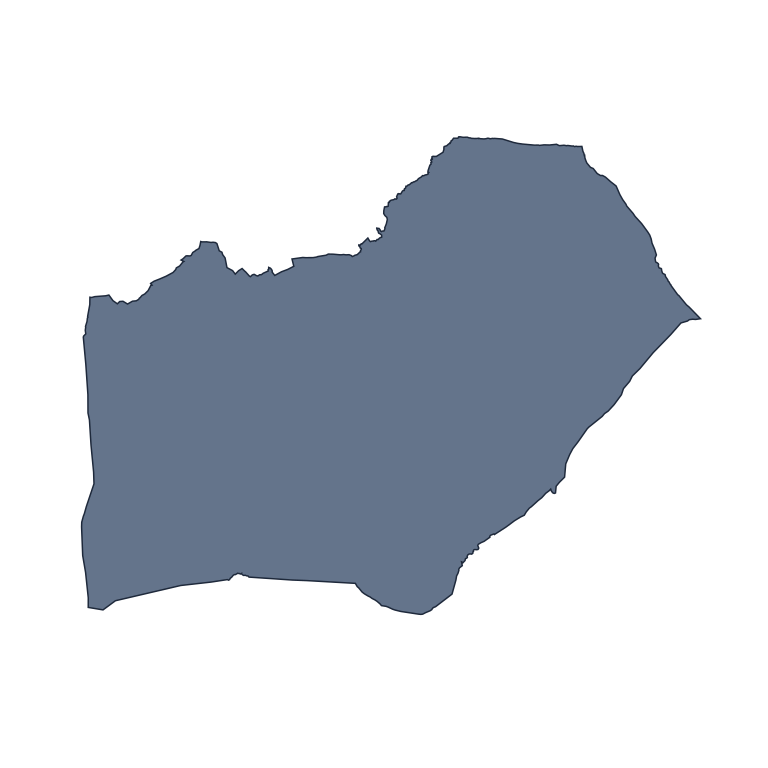 Krødsherad nor, Buskerud, Norway, rotated 278°
{"feature_id": "86288312B702333415323", "entity_name": "Krødsherad nor", "entity_type": "district", "adm_level": 2, "iso_a3": "NOR", "parent_name": "Norway", "parent_adm1": "Buskerud", "projection": "orthographic", "projection_center": [9.773, 60.192], "detail": "fine", "context": "isolated", "style": "filled", "palette": "slate", "viewbox_px": 768, "rotation_deg": 278, "n_neighbors": 0, "source": "geoboundaries", "source_scale": "gbopen_adm2", "svg_char_len": 6151}
<svg xmlns="http://www.w3.org/2000/svg" viewBox="0 0 768 768"><g transform="rotate(278 384 384)"><path d="M121.6,122.2L121.2,137.2L132.0,148.2L156.2,210.8L163.8,240.4L168.5,256.1L168.1,257.4L168.8,258.3L170.2,258.8L171.4,260.0L173.7,261.4L174.4,262.3L174.5,263.2L174.8,263.7L176.2,265.3L176.0,265.8L176.2,266.3L176.2,267.3L175.8,268.1L176.6,269.3L176.1,269.3L175.0,271.2L174.9,271.7L175.3,273.2L174.9,274.7L175.0,276.0L174.0,277.2L177.1,320.4L178.6,335.2L182.6,383.4L179.6,385.7L178.7,387.2L174.9,391.3L173.5,393.8L171.8,397.8L171.2,399.8L169.9,402.2L169.0,404.9L167.9,407.2L165.6,410.8L164.2,412.3L164.1,417.1L163.6,419.3L162.2,423.8L161.7,426.4L161.1,432.3L160.9,450.0L161.0,452.6L161.5,454.4L163.3,456.9L165.9,461.3L167.3,462.8L168.1,463.0L169.5,464.0L170.6,466.0L185.4,480.6L199.9,482.5L204.0,482.6L206.8,483.6L209.9,484.1L210.9,483.8L212.5,484.4L215.0,486.8L218.7,485.5L218.6,485.9L217.9,487.0L220.4,488.8L222.4,489.0L223.1,490.2L223.9,490.7L224.9,490.3L226.5,490.8L227.5,492.0L227.8,493.9L227.7,494.5L228.7,495.5L230.3,495.5L230.6,495.9L231.6,495.7L232.2,496.0L232.7,496.8L232.8,499.0L233.3,500.2L234.7,500.7L237.1,499.3L238.4,499.7L240.4,502.2L242.1,505.0L247.0,510.2L247.8,509.9L249.0,510.5L250.8,513.7L250.8,514.2L250.4,514.4L259.3,524.7L266.8,532.3L271.2,537.6L273.6,541.2L277.0,542.6L281.3,545.2L283.0,547.0L290.0,552.8L293.3,556.0L298.3,559.4L301.4,562.5L303.1,563.7L301.5,564.5L299.8,566.1L299.4,567.3L299.4,568.1L300.0,569.0L306.7,568.7L311.1,571.4L316.9,575.8L330.2,575.1L340.0,577.7L346.3,580.0L353.7,584.2L368.0,591.5L370.0,593.0L382.3,604.6L385.4,606.5L388.3,609.7L395.5,614.7L406.4,620.6L412.8,621.8L420.8,626.9L426.5,628.8L434.9,635.3L452.5,646.2L472.9,661.1L485.8,669.6L488.6,675.8L490.2,677.4L491.1,680.6L491.3,683.6L492.7,688.3L502.7,675.4L504.5,672.5L512.6,663.7L513.3,662.4L521.4,654.6L522.0,654.4L522.9,653.3L524.7,652.1L525.4,651.1L526.9,650.3L529.5,647.9L531.5,647.1L532.2,645.0L532.7,644.3L534.7,643.3L536.7,642.7L537.1,642.0L537.1,640.8L537.4,640.1L539.2,639.2L540.5,639.3L541.3,638.9L542.2,637.4L542.3,636.5L543.3,635.8L546.4,634.9L549.7,635.8L555.2,633.2L560.8,629.8L564.8,628.4L568.5,626.4L571.4,623.9L578.7,616.8L584.9,609.3L587.7,606.8L594.0,599.6L595.7,598.6L599.8,594.7L604.4,591.2L612.4,586.3L615.8,580.4L619.7,574.5L620.9,571.4L620.6,569.3L622.1,565.8L626.5,561.2L627.3,558.3L631.1,554.1L633.1,552.9L635.8,551.5L638.3,550.9L638.1,550.6L640.3,549.8L642.1,548.6L646.8,546.9L646.1,542.4L646.2,541.1L645.6,539.7L646.1,538.3L645.8,537.3L645.8,532.8L645.4,531.7L645.5,529.0L644.5,524.8L644.5,524.2L645.4,521.5L643.7,514.6L643.1,509.2L641.9,504.7L642.1,503.7L641.5,499.9L640.9,487.9L640.9,483.0L641.2,478.8L643.1,467.1L642.6,459.3L642.3,458.1L642.4,457.6L641.6,454.9L641.9,453.6L641.8,452.4L641.1,450.8L640.6,448.9L640.3,444.8L640.6,443.8L640.2,443.4L640.4,443.0L639.8,440.6L639.9,440.2L639.7,439.6L639.6,437.6L639.4,436.9L639.7,435.2L639.6,434.1L640.0,432.0L639.3,428.0L639.4,424.7L639.1,423.5L638.4,423.6L637.6,422.5L637.1,418.7L634.7,417.4L634.1,416.6L633.0,416.6L632.3,415.8L631.5,416.0L631.4,415.5L631.0,415.2L630.7,414.6L628.7,413.0L627.5,410.5L626.1,410.4L624.7,410.7L621.7,410.2L616.6,404.1L616.5,402.5L616.2,402.0L616.4,400.9L615.5,399.8L614.6,400.2L614.1,399.9L613.5,400.6L613.1,400.5L612.8,399.4L611.8,399.3L611.3,400.0L610.4,400.4L609.8,399.6L608.3,400.0L607.1,399.0L601.8,398.0L600.6,397.9L600.0,398.3L599.8,398.7L599.4,398.1L598.3,398.6L597.3,397.4L596.7,395.6L595.8,394.4L595.7,393.1L594.4,392.3L592.2,389.6L590.1,388.3L589.5,387.2L588.5,386.1L588.2,385.0L587.3,384.1L587.2,383.3L584.9,381.4L584.4,380.1L583.7,379.7L583.0,378.9L582.9,378.2L581.0,378.1L580.2,377.1L578.5,377.1L578.4,376.3L577.6,375.4L574.7,374.2L574.5,373.9L574.6,373.0L574.3,372.3L574.5,371.7L574.1,371.2L571.2,370.4L569.9,371.1L569.0,370.7L568.7,370.2L568.9,369.1L567.9,368.0L567.1,365.7L566.4,364.6L565.6,364.3L565.4,363.8L564.6,363.9L564.2,363.1L560.6,363.4L560.2,362.8L560.2,362.0L559.7,361.3L559.6,360.2L559.4,359.9L555.5,359.7L552.7,360.0L550.9,361.5L549.4,363.6L547.4,364.4L542.8,364.0L538.8,363.0L538.4,363.3L536.5,363.0L535.5,362.6L535.2,361.1L534.6,360.3L534.9,360.0L534.9,359.4L535.2,359.1L536.3,358.6L537.4,357.3L537.2,356.0L537.5,355.2L537.3,355.1L535.6,355.8L534.9,356.7L533.0,357.5L532.5,358.0L532.4,358.7L531.2,360.9L529.1,361.3L528.8,360.9L528.6,360.1L527.7,359.1L526.3,358.2L526.2,357.1L524.3,355.9L524.6,355.1L524.5,354.1L524.0,353.5L523.9,352.4L523.1,350.7L523.8,349.7L526.3,347.7L519.6,342.6L519.7,342.1L519.4,341.7L518.3,341.2L518.2,340.7L518.3,339.8L517.4,339.8L516.4,341.1L515.4,341.5L515.0,342.6L514.4,342.8L512.3,342.1L511.7,342.4L511.3,341.8L508.4,339.5L507.3,337.0L506.6,336.3L505.8,334.8L506.6,333.9L507.2,331.4L506.6,328.4L506.6,325.9L506.0,323.7L505.8,322.1L505.5,315.9L504.9,310.7L503.5,308.8L501.0,300.7L500.3,299.5L499.3,296.2L498.2,288.9L498.0,286.0L495.0,275.5L488.0,278.3L484.0,272.6L480.9,266.9L476.3,260.7L479.2,257.7L480.4,257.6L481.8,256.7L482.9,255.4L483.4,253.6L481.6,253.8L481.2,253.3L479.8,253.6L476.9,249.0L475.2,247.4L474.9,245.7L473.4,244.0L473.6,242.4L474.5,240.4L474.3,239.5L473.6,238.3L471.7,236.8L472.1,235.7L476.0,231.1L476.0,230.9L478.6,227.4L476.0,224.3L472.1,221.4L475.2,218.3L477.4,212.3L486.7,209.1L489.7,206.2L491.9,205.2L493.0,202.3L499.8,199.0L500.6,197.4L500.6,195.0L500.1,193.0L500.1,188.7L499.4,183.8L499.6,182.7L495.7,182.5L492.4,181.9L490.1,178.9L489.4,178.4L487.6,176.3L484.5,175.2L483.8,174.0L483.5,170.9L483.2,170.0L480.1,167.6L478.5,165.8L477.5,168.7L476.9,167.9L472.4,165.2L470.1,162.2L468.3,161.8L465.1,159.6L460.4,153.2L456.8,147.3L453.8,142.0L451.1,138.9L449.6,140.5L449.2,139.4L443.6,137.4L439.8,134.5L438.0,132.0L435.6,130.5L435.0,129.8L433.7,129.3L431.9,127.1L431.0,123.4L427.5,118.9L429.6,114.0L428.9,110.8L426.3,108.8L428.8,104.0L433.8,99.2L432.6,96.1L430.3,85.5L429.0,82.5L429.0,80.7L421.7,81.6L409.6,81.1L409.0,81.5L408.0,81.1L404.6,81.2L399.5,80.4L398.5,80.7L395.6,80.7L392.1,81.7L389.7,79.9L388.6,79.7L361.9,86.0L332.1,92.3L314.1,94.9L307.4,97.3L282.6,102.4L256.3,108.7L244.8,110.7L221.2,106.3L213.8,105.3L211.3,104.7L205.1,103.9L200.5,104.4L172.2,109.5L155.9,114.7L131.1,120.9L121.6,122.2Z" fill="#64748b" stroke="#1e293b" stroke-width="1.5"/></g></svg>